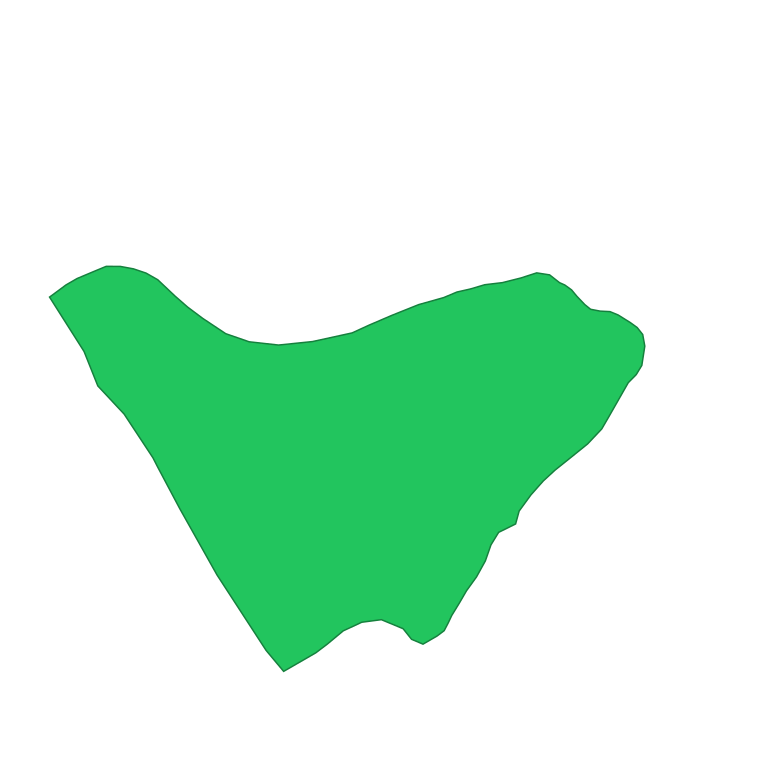 outline of Manutalake, Tuvalu, rotated 60°
{"feature_id": "33948139B42488668501008", "entity_name": "Manutalake", "entity_type": "district", "adm_level": 2, "iso_a3": "TUV", "parent_name": "Tuvalu", "parent_adm1": "", "projection": "natural_earth1", "projection_center": [177.148, -7.242], "detail": "fine", "context": "isolated", "style": "filled", "palette": "green", "viewbox_px": 768, "rotation_deg": 60, "n_neighbors": 0, "source": "geoboundaries", "source_scale": "gbopen_adm2", "svg_char_len": 1154}
<svg xmlns="http://www.w3.org/2000/svg" viewBox="0 0 768 768"><g transform="rotate(60 384 384)"><path d="M141.5,630.2L205.9,627.5L242.6,632.8L280.1,624.1L332.4,621.0L342.2,621.5L389.7,623.2L465.8,624.1L555.8,619.3L582.7,614.6L582.7,577.3L580.9,563.1L577.4,542.7L579.2,522.4L586.8,504.1L605.5,489.8L618.9,487.8L628.8,480.3L628.8,464.1L627.7,455.2L623.0,447.8L618.3,441.0L611.3,428.1L604.3,415.9L597.3,400.3L587.9,384.7L576.8,371.8L569.8,358.9L571.0,340.0L561.6,330.5L553.5,312.2L547.6,294.5L544.1,278.9L541.2,259.9L537.7,237.6L531.8,217.9L524.8,205.7L505.0,171.8L502.0,160.9L496.8,151.4L481.6,139.2L470.5,135.2L461.7,136.5L454.1,139.9L441.3,146.7L434.3,152.1L429.0,160.3L422.6,167.7L415.6,170.4L404.5,173.1L396.3,174.5L388.7,177.9L384.0,181.3L372.3,186.0L364.1,196.2L360.6,212.5L355.4,230.8L348.4,247.1L344.8,262.0L340.8,274.9L339.0,289.1L332.6,314.2L328.5,342.7L325.6,367.1L323.8,386.1L311.5,424.7L297.5,455.9L280.0,479.7L261.3,495.9L236.7,508.1L219.2,515.6L203.4,521.0L180.6,527.8L169.0,534.6L159.0,543.4L150.3,553.6L143.2,565.8L141.5,578.7L139.2,597.0L139.2,609.9L140.3,619.3L141.5,630.2Z" fill="#22c55e" stroke="#15803d" stroke-width="1.5"/></g></svg>